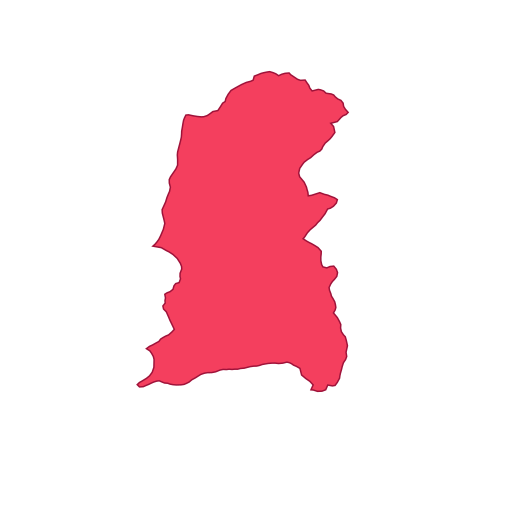 Pederneiras, São Paulo, Brazil, rotated 218°
{"feature_id": "56859067B46538845072755", "entity_name": "Pederneiras", "entity_type": "district", "adm_level": 2, "iso_a3": "BRA", "parent_name": "Brazil", "parent_adm1": "São Paulo", "projection": "albers", "projection_center": [-48.87, -22.29], "detail": "fine", "context": "isolated", "style": "filled", "palette": "rose", "viewbox_px": 512, "rotation_deg": 218, "n_neighbors": 0, "source": "geoboundaries", "source_scale": "gbopen_adm2", "svg_char_len": 3864}
<svg xmlns="http://www.w3.org/2000/svg" viewBox="0 0 512 512"><g transform="rotate(218 256 256)"><path d="M271.8,425.9L276.1,426.7L279.0,427.8L281.5,430.1L284.9,430.9L288.3,430.1L291.6,430.2L293.9,430.7L296.5,430.0L298.9,428.6L301.0,427.4L304.3,427.7L307.4,426.7L309.5,425.6L311.2,423.4L313.4,420.6L316.9,421.4L319.5,423.0L322.7,423.9L325.6,424.9L329.1,421.8L332.1,420.8L336.3,420.5L340.2,420.2L342.6,420.6L345.6,417.8L347.6,415.1L349.2,412.0L352.5,411.8L355.4,411.0L358.7,409.7L360.7,407.6L362.6,405.4L364.5,402.9L366.1,400.0L368.1,396.7L366.5,392.8L367.7,390.5L370.5,386.8L372.9,382.3L375.5,376.3L377.6,371.1L377.5,366.3L376.7,361.6L375.4,358.7L376.4,355.9L375.9,351.4L375.6,347.1L378.9,343.3L380.1,338.9L380.9,336.6L382.9,333.6L384.7,332.0L388.0,329.9L391.6,327.9L396.1,325.7L398.0,323.9L397.4,320.9L396.6,318.3L395.2,315.6L393.1,311.8L391.4,308.6L389.8,306.4L388.0,303.7L386.9,301.4L385.2,297.6L383.7,294.1L381.8,289.7L380.2,287.2L377.1,283.7L373.7,279.3L372.7,275.3L372.1,265.7L371.4,262.8L369.2,260.1L365.8,257.5L363.9,253.7L363.2,250.9L362.1,247.1L360.5,243.0L359.5,238.9L358.5,234.7L356.2,232.1L350.4,227.6L347.9,225.5L345.4,219.9L343.6,213.2L342.8,209.2L342.7,206.3L342.8,203.2L343.3,200.3L335.7,204.3L329.9,205.1L327.1,205.7L322.4,206.1L320.0,205.9L316.6,205.6L311.0,203.6L308.2,201.9L306.5,200.0L305.2,195.7L303.3,193.1L301.4,191.5L300.2,187.7L302.3,184.8L302.3,182.1L300.9,178.6L301.8,174.9L303.4,172.3L304.3,169.7L301.5,167.2L300.3,164.9L298.6,163.0L298.6,159.3L296.2,157.3L292.3,156.8L289.3,155.2L286.9,153.9L284.3,152.4L280.0,150.3L275.2,147.9L275.5,144.4L276.3,140.0L277.9,137.2L279.0,134.6L280.0,131.8L279.9,128.9L281.3,125.7L282.8,122.1L284.3,119.2L285.3,115.5L281.3,115.9L278.5,115.1L275.0,113.6L272.6,111.7L267.9,105.4L266.2,100.5L266.1,96.0L267.0,92.1L268.7,87.6L270.0,84.5L270.4,81.5L267.2,81.1L264.4,83.6L263.0,86.2L261.5,88.8L260.3,91.3L259.0,93.7L257.3,96.2L255.4,98.1L253.0,98.7L249.9,99.6L247.2,101.4L244.9,102.1L242.2,103.5L239.3,105.4L235.7,108.4L233.7,110.5L232.5,112.6L231.1,115.5L230.4,118.9L228.8,122.6L227.7,125.7L226.6,128.7L224.5,131.9L222.4,134.2L219.2,136.8L216.5,139.9L214.1,144.0L212.1,146.4L209.3,148.4L207.6,150.2L205.1,151.8L203.0,153.8L200.7,155.6L199.0,157.8L196.2,160.4L194.6,162.5L192.5,165.2L190.0,167.8L187.7,169.7L185.9,171.9L184.2,174.5L182.5,176.4L180.3,178.8L177.7,181.2L175.1,183.3L172.0,185.2L168.9,188.1L166.3,191.4L164.0,192.5L161.7,193.0L159.3,193.1L156.3,193.9L152.2,194.5L146.8,190.3L141.3,190.1L136.4,190.4L131.6,189.6L130.3,184.4L128.3,185.7L124.2,187.2L120.8,190.1L118.7,193.5L120.0,198.5L115.8,200.7L114.0,202.7L114.1,206.3L114.9,211.1L116.2,213.3L117.3,215.6L118.8,219.3L120.0,221.9L121.4,225.7L121.7,229.7L122.7,232.7L125.8,235.6L128.7,241.6L132.9,245.1L135.9,247.3L138.5,247.7L142.1,248.9L145.0,251.3L147.0,254.2L150.0,255.8L153.9,257.5L157.0,258.2L159.9,258.8L160.4,262.2L161.4,264.6L163.5,266.6L165.8,268.4L169.3,269.9L171.8,270.8L173.9,272.4L176.9,274.2L179.0,276.1L179.9,280.0L180.1,283.0L179.8,286.2L179.8,289.7L181.5,293.1L184.5,295.0L188.5,295.9L191.2,293.3L192.9,290.2L196.6,288.6L198.9,289.6L202.0,292.2L204.3,295.1L205.9,297.7L207.5,299.9L212.3,300.8L216.2,300.4L219.8,299.9L222.2,299.4L225.3,298.9L229.5,298.6L229.4,301.3L229.8,305.8L229.5,310.0L228.6,314.3L228.0,317.1L228.0,320.1L227.5,323.6L227.6,327.3L227.6,331.7L228.1,334.7L228.5,337.1L226.8,339.5L225.6,342.9L225.3,347.2L226.6,350.5L230.0,350.2L234.1,348.9L236.8,348.2L240.0,346.7L244.7,345.2L249.6,338.0L251.9,335.6L254.3,338.1L256.7,339.8L258.6,341.3L263.5,343.8L270.4,345.3L273.4,347.6L275.5,352.0L275.8,357.1L275.8,359.6L274.7,363.9L273.5,367.1L272.8,371.3L271.7,375.4L270.3,377.9L270.0,380.7L270.7,383.2L271.0,387.5L270.3,391.0L269.8,394.0L269.7,396.9L269.9,401.9L274.6,405.8L278.8,406.6L276.8,409.2L274.7,412.0L274.3,417.6L273.7,420.2L272.1,423.0L271.8,425.9Z" fill="#f43f5e" stroke="#9f1239" stroke-width="1.5"/></g></svg>